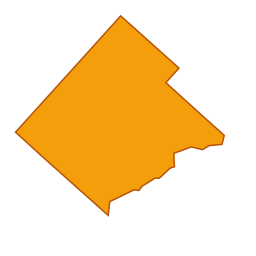 Le Sueur, Minnesota, United States of America (Mercator projection), rotated 222°
{"feature_id": "52423323B42954373682116", "entity_name": "Le Sueur", "entity_type": "district", "adm_level": 2, "iso_a3": "USA", "parent_name": "United States of America", "parent_adm1": "Minnesota", "projection": "mercator", "projection_center": [-93.822, 44.37], "detail": "fine", "context": "isolated", "style": "filled", "palette": "amber", "viewbox_px": 256, "rotation_deg": 222, "n_neighbors": 0, "source": "geoboundaries", "source_scale": "gbopen_adm2", "svg_char_len": 480}
<svg xmlns="http://www.w3.org/2000/svg" viewBox="0 0 256 256"><g transform="rotate(222 128 128)"><path d="M208.5,206.4L208.5,167.4L208.8,49.6L199.9,49.6L185.1,49.5L169.2,49.4L84.2,49.8L92.3,61.1L82.2,86.0L78.1,88.9L78.6,94.0L74.4,108.9L71.2,111.4L69.8,126.3L67.6,130.3L77.0,139.8L68.3,156.3L58.2,161.7L55.9,169.2L47.2,178.7L51.5,186.9L68.5,186.9L79.8,186.8L91.3,186.9L130.2,187.0L130.2,206.6L208.0,206.4L208.5,206.4Z" fill="#f59e0b" stroke="#b45309" stroke-width="1.5"/></g></svg>